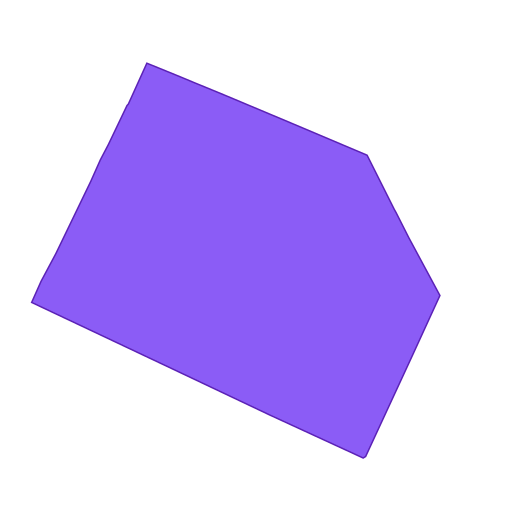 Butler, Pennsylvania, United States of America (Natural Earth projection), rotated 115°
{"feature_id": "52423323B72278925034115", "entity_name": "Butler", "entity_type": "district", "adm_level": 2, "iso_a3": "USA", "parent_name": "United States of America", "parent_adm1": "Pennsylvania", "projection": "natural_earth1", "projection_center": [-79.963, 40.921], "detail": "fine", "context": "isolated", "style": "filled", "palette": "violet", "viewbox_px": 512, "rotation_deg": 115, "n_neighbors": 0, "source": "geoboundaries", "source_scale": "gbopen_adm2", "svg_char_len": 479}
<svg xmlns="http://www.w3.org/2000/svg" viewBox="0 0 512 512"><g transform="rotate(115 256 256)"><path d="M157.6,147.2L155.3,150.4L117.7,197.9L120.7,280.9L121.6,304.1L123.5,353.0L125.0,385.3L125.6,400.0L127.4,436.4L172.3,435.9L174.1,436.5L217.3,436.9L234.5,437.7L258.1,437.3L338.4,438.4L369.7,440.1L392.9,439.7L393.4,334.7L393.7,275.1L394.3,175.8L393.8,73.5L391.4,71.9L280.5,72.2L214.1,72.6L174.8,125.3L157.6,147.2Z" fill="#8b5cf6" stroke="#5b21b6" stroke-width="1.5"/></g></svg>